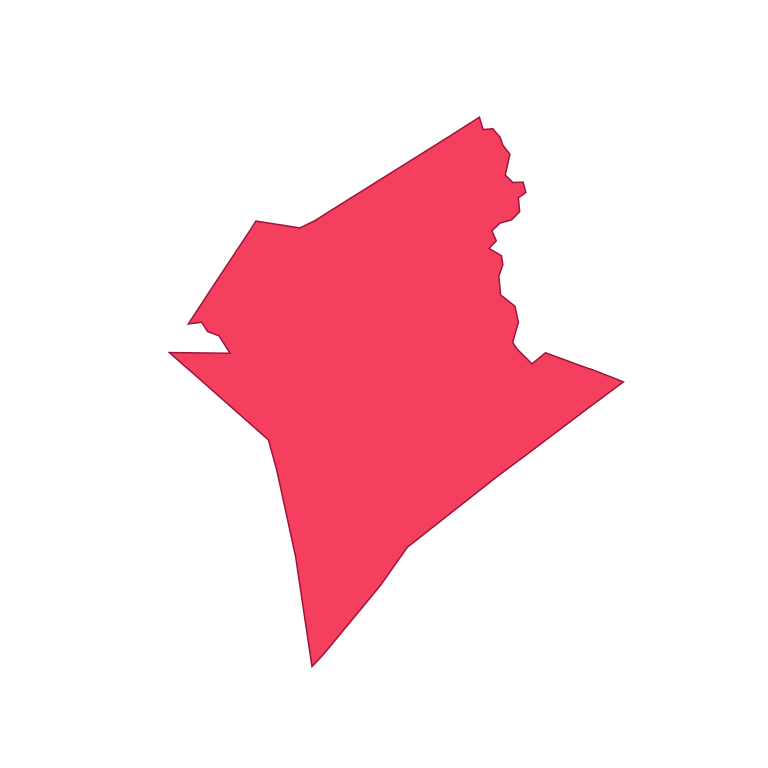 the district of Jurema, Pernambuco, Brazil, rotated 214°
{"feature_id": "56859067B8163642250611", "entity_name": "Jurema", "entity_type": "district", "adm_level": 2, "iso_a3": "BRA", "parent_name": "Brazil", "parent_adm1": "Pernambuco", "projection": "robinson", "projection_center": [-36.144, -8.75], "detail": "fine", "context": "isolated", "style": "filled", "palette": "rose", "viewbox_px": 768, "rotation_deg": 214, "n_neighbors": 0, "source": "geoboundaries", "source_scale": "gbopen_adm2", "svg_char_len": 867}
<svg xmlns="http://www.w3.org/2000/svg" viewBox="0 0 768 768"><g transform="rotate(214 384 384)"><path d="M454.1,658.5L468.6,625.2L523.2,502.4L532.9,480.3L541.1,466.3L581.3,447.5L581.0,438.0L580.5,375.1L579.8,324.3L569.7,333.2L559.5,328.8L547.7,331.7L528.8,323.4L579.6,290.0L547.7,286.0L448.5,273.0L424.8,252.7L360.9,191.6L285.7,109.5L283.0,125.8L277.0,187.2L274.3,215.5L273.4,261.6L239.3,367.9L230.1,394.5L226.6,404.3L201.7,477.0L186.7,519.6L218.2,512.6L228.8,509.7L267.6,500.2L272.6,483.4L293.1,487.4L300.6,490.4L307.0,510.3L319.0,521.7L337.2,523.1L343.3,530.6L349.1,537.6L352.2,549.4L358.3,556.0L372.8,555.1L371.0,565.5L380.2,571.3L377.9,582.2L370.1,591.3L367.9,602.7L376.8,613.6L373.5,622.1L381.5,629.1L389.9,623.1L400.3,625.0L408.1,644.9L419.0,648.4L425.7,653.5L436.6,656.4L444.1,650.4L454.1,658.5Z" fill="#f43f5e" stroke="#9f1239" stroke-width="1.5"/></g></svg>